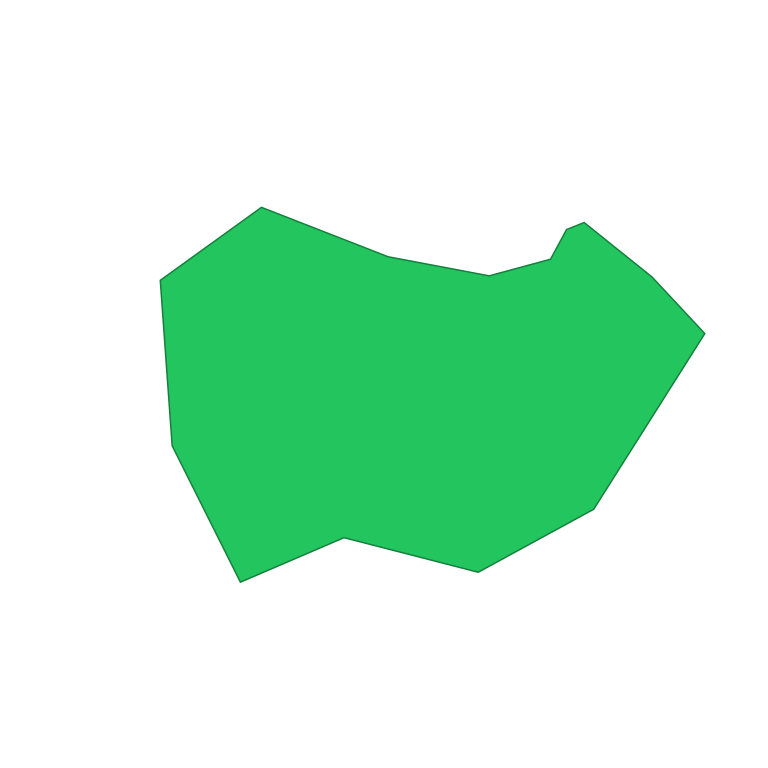 Aimeliik, Robinson projection, rotated 123°
{"feature_id": "PLW-5244", "entity_name": "Aimeliik", "entity_type": "state/province", "adm_level": 1, "iso_a3": "PLW", "parent_name": "Palau", "parent_adm1": "", "projection": "robinson", "projection_center": [134.515, 7.434], "detail": "fine", "context": "isolated", "style": "filled", "palette": "green", "viewbox_px": 768, "rotation_deg": 123, "n_neighbors": 0, "source": "natural_earth", "source_scale": "10m", "svg_char_len": 351}
<svg xmlns="http://www.w3.org/2000/svg" viewBox="0 0 768 768"><g transform="rotate(123 384 384)"><path d="M302.6,583.0L275.1,450.0L236.1,354.8L188.6,312.3L155.0,315.0L139.6,304.1L148.3,217.4L167.0,142.4L374.8,139.9L490.6,202.5L534.7,333.9L628.4,396.5L551.2,528.0L418.9,628.1L302.6,583.0Z" fill="#22c55e" stroke="#15803d" stroke-width="1.5"/></g></svg>